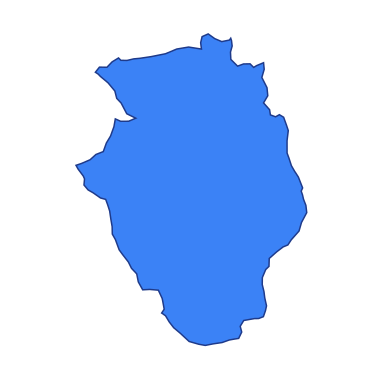 Episkopi Pafou, Paphos, Cyprus (Natural Earth projection), rotated 351°
{"feature_id": "46923920B63549577577003", "entity_name": "Episkopi Pafou", "entity_type": "district", "adm_level": 2, "iso_a3": "CYP", "parent_name": "Cyprus", "parent_adm1": "Paphos", "projection": "natural_earth1", "projection_center": [32.53, 34.791], "detail": "fine", "context": "isolated", "style": "filled", "palette": "blue", "viewbox_px": 384, "rotation_deg": 351, "n_neighbors": 0, "source": "geoboundaries", "source_scale": "gbopen_adm2", "svg_char_len": 1790}
<svg xmlns="http://www.w3.org/2000/svg" viewBox="0 0 384 384"><g transform="rotate(351 192 192)"><path d="M140.4,48.1L133.4,51.0L127.5,55.5L120.1,54.2L115.3,58.6L117.8,60.9L119.6,63.5L126.2,71.1L131.6,80.2L132.3,87.8L135.9,93.0L139.8,104.5L148.0,110.3L140.5,112.2L132.6,111.0L127.7,107.8L125.1,115.3L120.3,124.0L115.1,130.2L110.7,138.2L103.0,139.9L96.4,144.2L87.4,146.5L81.6,147.5L83.1,151.6L87.1,159.2L87.9,162.2L86.4,168.2L89.7,173.7L94.3,177.4L100.7,183.6L105.6,185.8L106.7,191.4L107.7,197.9L107.6,206.3L107.7,213.8L106.7,221.1L108.9,227.0L111.0,237.7L113.6,242.8L118.2,251.2L120.3,257.9L124.6,264.2L124.9,272.4L128.0,280.9L134.9,281.6L143.4,283.7L145.9,292.5L146.0,294.8L146.2,303.4L143.1,306.8L146.5,310.1L149.2,316.8L152.7,323.2L158.0,329.3L165.8,339.2L174.8,343.4L181.1,345.6L189.1,345.3L198.2,345.4L205.7,344.0L210.6,343.9L215.2,343.9L219.2,338.1L218.6,332.2L223.0,327.0L228.0,326.9L233.9,326.8L238.0,327.4L243.0,326.3L246.0,320.7L247.4,317.1L247.8,316.1L247.3,308.0L247.5,301.7L246.9,294.4L248.1,287.5L252.7,280.1L256.4,277.5L257.9,269.7L266.2,264.4L273.4,260.5L278.4,259.3L282.5,254.8L291.6,247.3L295.4,239.2L302.1,230.3L302.4,223.0L301.0,216.5L300.7,212.1L300.0,208.2L301.9,205.3L299.4,193.9L297.8,190.2L296.6,187.6L294.3,181.6L293.0,173.4L292.0,168.4L293.9,156.2L296.7,146.4L295.8,140.9L294.2,132.5L290.4,129.3L286.3,130.8L281.5,128.1L281.5,122.8L280.5,121.3L276.6,115.2L281.9,108.8L282.4,100.7L278.9,89.8L282.5,82.1L282.9,75.5L275.5,77.3L272.4,78.6L269.4,74.5L262.9,73.6L256.7,74.8L251.1,67.1L251.9,59.8L254.5,54.1L254.7,48.6L254.3,46.2L252.7,47.8L244.9,48.1L238.5,44.1L232.7,38.4L226.3,40.1L223.9,45.9L223.7,52.3L211.3,48.3L199.3,48.4L187.5,51.3L172.8,51.9L161.6,51.8L155.2,51.4L148.4,51.9L142.3,50.8L140.4,48.1Z" fill="#3b82f6" stroke="#1e3a8a" stroke-width="1.5"/></g></svg>